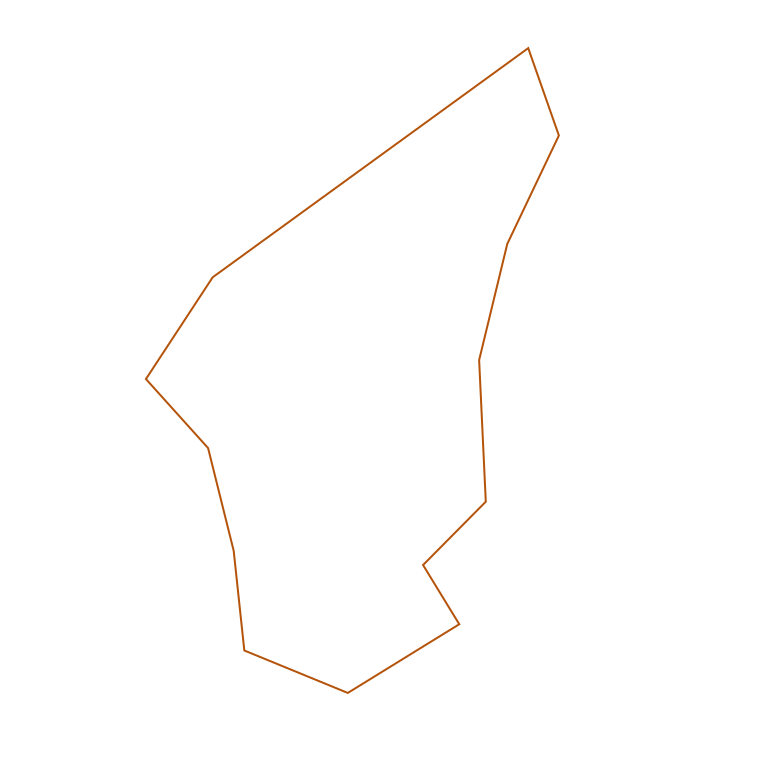 SVG path tracing the border of Saint Peter Basseterre, rotated 256°
{"feature_id": "KNA-5109", "entity_name": "Saint Peter Basseterre", "entity_type": "Parish", "adm_level": 1, "iso_a3": "KNA", "parent_name": "Saint Kitts and Nevis", "parent_adm1": "", "projection": "albers", "projection_center": [-62.712, 17.32], "detail": "fine", "context": "isolated", "style": "outline", "palette": "amber", "viewbox_px": 768, "rotation_deg": 256, "n_neighbors": 0, "source": "natural_earth", "source_scale": "10m", "svg_char_len": 333}
<svg xmlns="http://www.w3.org/2000/svg" viewBox="0 0 768 768"><g transform="rotate(256 384 384)"><path d="M446.4,154.2L529.0,243.6L675.0,605.2L582.8,613.8L490.1,537.5L384.2,482.1L245.2,454.3L198.9,378.1L132.7,398.9L93.0,274.1L159.2,184.0L258.5,197.8L364.4,197.8L446.4,154.2Z" fill="none" stroke="#b45309" stroke-width="2"/></g></svg>